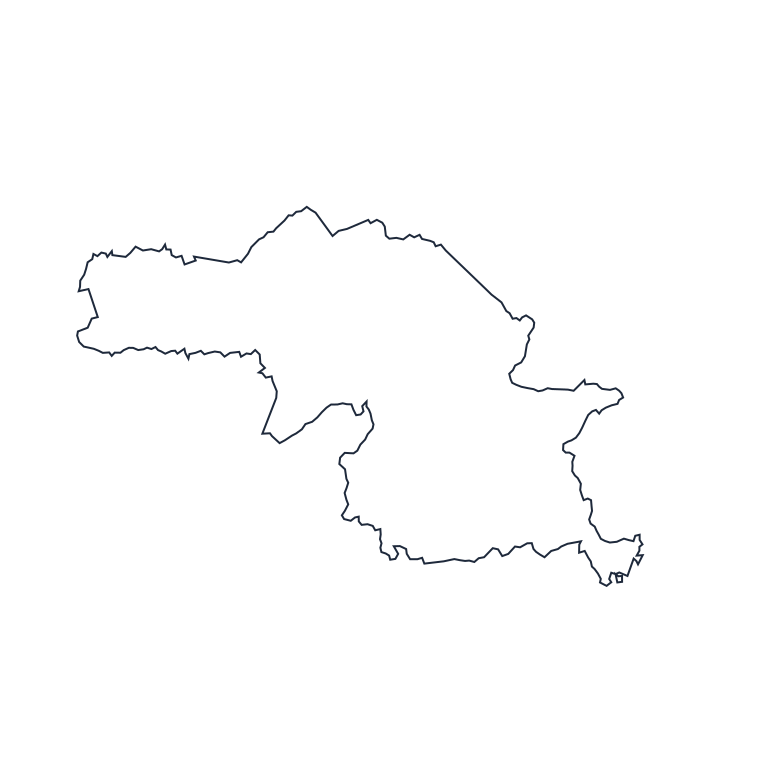 Carazinho, Rio Grande do Sul, Brazil, rotated 216°
{"feature_id": "56859067B4545609401254", "entity_name": "Carazinho", "entity_type": "district", "adm_level": 2, "iso_a3": "BRA", "parent_name": "Brazil", "parent_adm1": "Rio Grande do Sul", "projection": "albers", "projection_center": [-52.891, -28.277], "detail": "fine", "context": "isolated", "style": "outline", "palette": "slate", "viewbox_px": 768, "rotation_deg": 216, "n_neighbors": 0, "source": "geoboundaries", "source_scale": "gbopen_adm2", "svg_char_len": 4421}
<svg xmlns="http://www.w3.org/2000/svg" viewBox="0 0 768 768"><g transform="rotate(216 384 384)"><path d="M272.0,249.2L272.7,254.9L280.7,258.5L275.9,262.2L269.1,263.5L265.8,260.0L259.9,257.6L253.9,262.0L251.0,265.8L245.8,262.4L231.4,275.7L224.2,283.7L219.0,286.1L214.4,288.5L211.3,291.2L206.3,293.1L205.0,298.7L201.2,302.7L199.5,315.1L194.5,317.3L187.2,314.3L183.6,319.6L182.5,329.5L177.9,331.9L174.5,339.3L170.9,342.1L166.1,338.4L162.4,337.6L157.6,337.7L152.3,338.2L150.6,347.2L146.3,352.7L145.1,356.7L141.6,362.6L135.5,369.0L132.2,372.5L131.6,368.8L127.0,362.2L123.5,366.9L116.8,363.6L112.4,362.0L108.5,358.5L104.9,358.1L99.5,356.4L94.1,353.8L92.6,350.4L85.3,351.5L83.6,357.2L87.2,358.6L89.2,364.9L84.9,366.3L82.9,369.8L74.2,371.8L79.4,389.5L75.7,389.1L72.5,387.4L74.1,397.6L78.7,393.7L79.4,399.3L81.7,402.4L80.6,406.2L85.5,408.1L88.6,412.3L91.5,408.9L89.8,403.5L94.2,401.6L99.0,399.9L101.0,396.5L102.9,393.2L108.1,388.5L113.0,386.9L117.6,386.2L121.7,388.3L125.8,390.2L129.7,392.5L134.8,392.5L138.4,395.0L139.8,399.8L141.1,403.6L144.3,407.2L148.2,411.7L151.8,411.1L154.2,407.4L158.4,410.2L163.0,413.6L166.1,419.0L172.0,421.8L175.8,422.2L180.5,424.1L183.4,428.7L185.9,431.7L187.7,437.9L193.6,437.5L196.7,435.3L200.3,435.8L203.5,440.8L201.3,445.6L199.2,448.6L197.2,453.4L197.1,459.0L198.0,465.1L199.5,472.6L200.6,479.0L199.5,484.2L197.3,487.6L192.5,486.5L192.5,490.7L190.6,495.3L187.3,500.6L183.4,505.2L184.4,509.3L182.6,513.6L186.5,516.1L189.9,516.8L194.0,516.7L197.7,512.1L201.5,510.0L204.8,508.2L208.4,508.3L211.7,509.1L214.8,507.3L220.9,502.0L224.2,505.0L226.6,490.0L231.8,487.6L234.7,485.7L245.1,478.7L249.1,476.8L251.9,472.0L255.0,468.8L259.9,467.8L265.2,465.2L271.2,462.5L276.5,461.1L281.0,460.3L284.4,462.3L288.7,465.9L287.8,471.1L288.8,476.0L285.7,482.1L286.3,489.3L291.7,500.0L292.6,505.5L295.7,507.9L296.1,517.6L298.5,521.9L302.1,523.4L309.4,523.0L311.4,519.1L311.5,515.2L315.6,515.2L318.3,512.4L324.0,515.1L327.9,514.9L336.9,519.1L349.6,519.5L355.7,520.4L412.5,528.3L419.9,530.2L423.2,525.8L427.1,527.9L430.9,526.9L438.5,523.7L442.9,525.6L445.8,520.4L451.0,519.8L453.4,512.3L459.9,509.5L465.1,504.7L469.7,505.1L475.9,511.8L480.2,513.5L486.3,512.6L489.4,506.2L493.2,507.5L505.1,487.7L510.7,481.2L512.6,473.5L540.1,482.4L545.7,481.9L550.6,481.9L552.6,475.1L556.2,471.7L557.1,466.4L560.3,464.4L560.6,457.7L562.8,446.6L563.0,442.3L567.3,438.4L567.7,431.9L570.1,427.6L571.8,416.8L570.6,409.4L571.1,398.4L575.5,397.9L580.9,391.1L612.6,375.4L608.9,373.2L615.6,363.5L623.1,368.7L626.7,364.1L631.5,363.5L635.7,367.3L639.2,364.9L643.1,368.1L642.7,362.7L643.9,359.1L651.6,356.2L657.5,350.3L665.7,349.1L666.3,340.9L667.7,335.0L679.5,328.6L682.3,331.5L682.5,324.2L685.7,326.0L689.9,324.2L691.0,319.0L695.5,318.4L693.4,313.5L695.3,308.3L692.7,302.0L690.8,296.2L690.5,289.1L687.0,283.9L685.5,279.6L678.9,287.1L654.9,269.9L658.9,265.1L656.8,255.4L662.5,246.6L660.7,242.8L655.3,238.8L648.9,237.8L644.8,239.6L639.5,241.9L634.3,243.2L629.8,243.9L624.9,248.0L620.8,246.7L620.3,251.1L615.6,254.4L614.5,258.4L611.7,263.3L608.1,265.8L602.8,267.0L598.9,270.8L597.1,274.1L592.7,275.6L590.6,279.6L586.7,278.6L583.4,279.4L578.8,279.9L575.5,285.6L572.5,288.2L569.0,287.1L566.2,295.2L562.9,292.3L557.1,289.5L559.0,293.8L554.8,298.4L551.7,303.2L546.8,302.4L544.4,305.7L540.0,310.8L535.0,313.4L529.1,312.4L526.8,318.7L520.0,324.9L515.7,322.0L513.2,327.9L509.3,329.9L508.2,335.8L501.9,334.8L496.2,328.1L489.8,327.0L492.0,319.7L488.7,321.2L483.4,319.7L479.4,324.1L475.9,320.9L466.5,315.1L463.0,309.4L453.2,272.3L447.3,277.1L444.0,276.0L433.7,274.8L431.1,280.2L428.1,288.2L426.0,292.4L423.8,299.1L424.0,305.4L419.9,311.2L418.3,317.9L417.7,324.6L416.6,331.1L414.8,336.2L409.6,340.1L406.1,344.1L402.2,345.8L398.4,348.4L393.6,345.2L388.2,342.4L385.0,345.6L384.5,349.8L388.6,353.3L387.8,359.6L385.0,355.5L381.3,354.4L377.5,352.1L372.5,347.5L368.8,345.2L367.0,341.2L367.7,333.8L366.6,328.0L367.5,321.1L366.4,314.4L367.9,310.0L370.8,308.1L375.3,305.2L376.2,298.6L373.1,293.0L365.4,292.1L361.8,288.4L358.7,285.2L354.9,283.1L353.1,277.7L351.8,272.7L346.4,268.3L342.2,265.6L341.1,258.4L340.9,253.0L336.9,251.3L330.5,253.8L329.0,259.0L326.5,261.8L323.6,258.0L319.3,256.9L314.9,260.9L309.7,262.6L305.1,260.5L301.7,264.5L298.2,260.3L296.0,256.1L292.4,253.7L290.7,249.4L287.3,246.5L283.0,247.9L279.0,248.2L275.7,245.5L272.0,249.2ZM84.9,366.3L78.6,360.6L75.1,363.9L78.6,368.6L81.4,366.2L84.9,366.3Z" fill="none" stroke="#1e293b" stroke-width="2"/></g></svg>